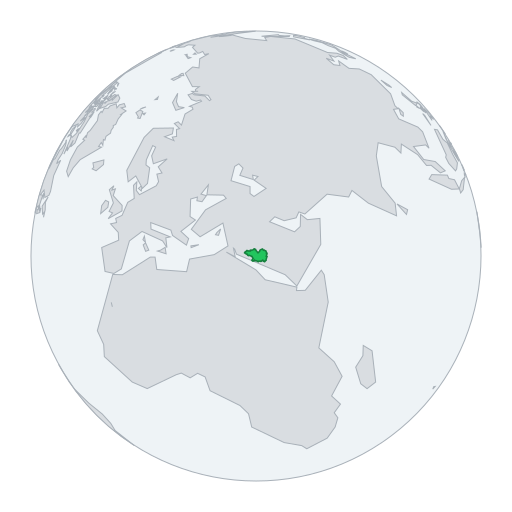 Al Madinah highlighted on a globe, orthographic projection, rotated 326°
{"feature_id": "SAU-845", "entity_name": "Al Madinah", "entity_type": "Region", "adm_level": 1, "iso_a3": "SAU", "parent_name": "Saudi Arabia", "parent_adm1": "", "projection": "orthographic", "projection_center": [39.015, 24.943], "detail": "fine", "context": "on_globe", "style": "filled", "palette": "green", "viewbox_px": 512, "rotation_deg": 326, "n_neighbors": 0, "source": "natural_earth", "source_scale": "10m", "svg_char_len": 13017}
<svg xmlns="http://www.w3.org/2000/svg" viewBox="0 0 512 512"><g transform="rotate(326 256 256)"><circle cx="256" cy="256" r="225" fill="#eef3f6" stroke="#a8b0b8"/><path d="M290.6,33.4L289.7,33.3L288.5,33.1L295.5,34.3L298.3,35.0L288.2,33.2L292.1,34.6L275.4,33.2L249.7,31.3L239.3,32.5L210.0,36.5L211.6,36.7L201.5,39.2L199.6,40.6L194.7,41.6L197.4,42.0L202.2,40.9L205.0,40.8L204.4,41.8L198.0,42.9L197.4,42.6L195.2,43.5L192.3,43.8L193.3,44.2L185.7,45.9L192.2,45.7L185.2,48.3L180.4,49.1L182.4,47.0L176.2,45.9L172.0,47.1L164.1,50.4L146.0,60.2L140.7,62.9L132.5,68.0L134.7,67.0L141.9,62.8L143.9,63.0L152.5,58.5L154.6,58.2L162.9,55.0L160.0,57.8L152.7,62.6L145.7,65.6L142.3,68.0L147.6,67.4L133.4,76.1L121.7,87.6L118.2,89.9L113.7,89.4L117.1,82.8L111.3,84.7L113.3,86.2L104.5,93.1L102.3,95.7L101.8,97.3L104.5,95.9L101.1,99.1L97.8,98.2L100.8,95.2L101.9,95.3L103.4,92.6L101.1,93.1L96.8,97.2L97.5,95.9L109.4,85.0L122.0,74.9L135.4,65.7L149.4,57.6L163.9,50.4L178.9,44.3L194.3,39.3L210.0,35.5L226.0,32.7L242.1,31.1L258.3,30.7L274.5,31.5L290.6,33.4ZM31.7,235.3L31.3,240.5L30.9,251.5L30.7,255.7L30.9,260.8L31.0,264.4L35.1,284.4L40.2,301.1L42.0,313.6L41.6,321.9L49.1,345.1L43.3,330.1L38.5,314.8L34.9,299.2L32.4,283.3L31.0,267.3L30.8,251.3L31.7,235.3ZM163.9,53.7L163.3,54.4L162.1,54.6L163.9,53.7ZM167.9,51.9L166.9,51.8L168.6,51.0L169.3,51.0L167.9,51.9ZM304.9,36.1L306.9,36.7L303.1,35.7L304.9,36.1ZM168.9,52.4L171.9,49.5L175.0,48.1L180.1,47.4L168.9,52.4ZM306.8,36.8L311.8,38.8L316.0,39.7L306.9,38.8L305.7,37.1L300.3,35.6L305.0,36.6L306.8,36.8ZM204.0,40.2L198.9,41.3L203.8,39.6L204.0,40.2ZM206.5,39.2L217.7,35.1L225.0,34.3L219.8,35.6L229.8,34.3L227.9,35.8L221.9,36.9L217.6,37.0L220.2,37.6L206.5,39.2ZM301.1,38.4L300.7,38.8L299.1,38.1L301.1,38.4ZM206.5,40.7L208.1,39.8L214.6,38.9L212.5,40.6L211.1,40.3L206.5,40.7ZM233.4,33.4L237.8,33.3L237.4,34.4L239.1,34.6L228.4,35.8L233.4,33.4ZM209.3,41.0L211.3,41.6L207.7,43.0L205.4,41.6L209.3,41.0ZM217.1,38.0L220.1,37.8L217.8,38.4L217.1,38.0ZM195.8,48.9L197.6,47.3L201.1,46.7L195.8,48.9ZM212.3,41.8L213.6,41.4L215.2,41.0L215.7,41.8L212.3,41.8ZM228.9,36.7L227.9,37.3L233.3,36.2L233.3,37.4L226.1,38.0L229.2,38.2L229.2,38.6L223.4,38.8L228.9,36.7ZM221.1,41.7L212.0,43.5L207.9,46.3L204.7,46.8L211.8,42.4L221.1,41.7ZM222.9,39.9L221.0,41.1L218.0,41.0L217.4,40.2L222.9,39.9ZM235.8,38.0L237.7,36.1L239.2,36.0L235.8,38.0ZM220.5,42.5L222.7,42.1L220.6,42.7L220.5,42.5ZM231.8,39.3L232.2,38.5L233.9,38.5L231.8,39.3ZM226.7,42.0L223.8,42.5L223.3,41.8L226.7,42.0ZM229.5,40.8L231.7,40.9L224.8,41.3L229.5,40.4L229.5,40.8ZM233.3,39.4L234.4,39.1L232.9,39.7L233.3,39.4ZM230.3,44.6L221.8,45.2L220.7,43.6L229.1,43.1L230.3,44.6ZM82.9,291.3L74.0,254.6L80.3,244.1L82.7,229.2L126.9,191.2L134.7,196.8L167.8,197.8L171.7,200.5L166.2,211.7L189.7,230.2L199.2,221.4L222.1,231.5L238.4,232.0L247.0,210.2L220.4,208.8L217.3,197.7L240.0,189.5L263.5,191.6L263.1,187.4L249.5,177.8L256.3,170.4L245.0,173.9L248.6,178.2L241.6,180.8L237.9,177.1L240.4,174.4L233.7,172.2L223.4,186.4L225.9,192.3L207.5,193.6L209.9,203.9L204.4,208.1L198.3,192.3L199.9,186.9L187.4,169.4L184.0,175.0L195.6,192.2L191.4,190.5L186.9,199.2L187.0,191.2L175.2,171.9L159.5,172.7L137.1,191.4L128.4,191.0L122.2,184.4L132.8,162.7L151.0,166.1L155.0,159.4L153.4,148.0L159.1,150.3L160.7,146.4L167.7,147.4L179.7,139.8L187.2,140.2L194.0,128.9L198.7,127.9L193.4,134.7L193.7,140.0L212.6,142.0L216.8,139.9L219.6,132.7L224.5,134.6L224.8,127.4L236.7,125.8L222.5,122.1L225.5,114.6L233.7,109.6L232.1,106.7L218.8,115.0L215.7,119.0L217.2,123.4L206.6,135.2L199.7,136.4L201.1,122.4L191.5,123.0L196.8,112.7L229.6,95.1L242.3,92.7L259.1,103.7L255.0,108.0L246.9,106.0L252.5,114.5L253.0,110.6L257.0,112.5L260.8,106.6L263.9,107.7L262.4,100.5L266.5,101.2L267.4,105.8L276.6,98.6L285.8,99.1L286.4,97.0L284.5,94.7L297.4,97.3L297.3,95.7L293.0,94.2L290.0,90.2L289.8,84.4L294.2,85.6L294.9,87.8L303.1,94.8L304.3,101.2L306.1,101.2L306.2,96.0L296.2,87.4L294.8,83.6L300.1,87.1L298.1,85.5L298.8,84.1L303.6,83.9L298.0,80.0L299.6,64.9L309.2,63.9L313.9,68.2L319.7,61.0L330.1,61.9L326.1,60.2L326.2,56.6L323.0,56.2L321.1,55.3L320.0,47.5L323.2,47.1L318.2,43.2L316.1,42.6L313.5,42.5L306.9,38.8L316.0,39.7L320.1,41.0L323.0,41.2L332.1,44.5L340.9,47.8L349.2,52.3L355.4,55.1L355.8,54.9L364.6,59.1L381.4,69.4L366.1,61.6L340.6,49.3L350.9,54.0L348.0,53.4L351.4,55.5L358.7,59.2L359.8,59.3L368.8,69.7L385.3,83.4L385.4,79.8L390.8,82.1L409.6,97.8L429.1,127.3L436.4,133.1L440.4,138.5L441.7,144.1L436.0,136.2L432.8,135.5L429.3,130.6L429.6,138.0L424.8,131.3L427.4,140.9L432.1,145.0L433.6,140.5L438.0,152.4L446.2,158.7L452.9,170.1L458.3,196.8L455.2,209.1L456.2,213.4L452.0,211.3L451.0,222.1L462.3,239.7L463.6,246.2L459.7,263.4L458.8,258.8L447.8,253.3L449.0,269.8L457.4,277.9L460.5,291.2L455.4,290.2L451.9,278.7L448.0,276.3L446.7,262.4L439.1,244.5L433.7,251.7L432.0,243.5L420.6,230.4L411.7,240.3L399.0,268.7L400.9,290.0L395.0,301.3L378.7,275.0L372.2,255.3L365.8,258.9L349.5,244.5L320.0,248.5L316.2,243.4L310.6,246.8L299.1,242.5L293.5,234.0L286.4,235.2L301.5,257.5L309.2,256.3L316.2,246.4L318.9,254.6L330.0,260.6L316.2,282.6L273.1,303.7L269.7,287.8L240.8,243.5L242.1,238.5L242.0,237.9L241.7,236.9L238.3,245.0L233.6,236.2L248.2,267.5L250.3,280.8L272.5,304.7L270.2,307.3L277.6,312.0L302.2,304.3L302.1,309.6L290.1,334.6L256.7,367.3L261.7,387.5L260.1,403.9L240.4,414.3L243.2,426.0L233.2,429.7L233.4,435.9L226.0,442.0L213.2,446.8L190.3,444.2L187.9,438.8L175.0,426.4L156.8,395.4L161.6,382.6L159.1,371.0L142.6,342.0L146.2,327.8L142.0,320.6L133.3,320.2L128.6,311.3L123.4,309.8L91.7,305.1L82.9,291.3ZM110.1,213.5L108.5,217.8L110.1,213.5ZM287.6,205.5L302.2,205.6L296.9,192.1L302.1,191.2L298.4,187.1L296.5,191.1L287.7,180.1L294.4,175.8L293.3,170.0L288.4,169.8L277.4,179.6L289.9,195.1L286.0,200.9L287.6,205.5ZM104.7,93.2L104.8,93.4L103.6,95.4L102.8,95.5L104.7,93.2ZM107.0,99.9L101.5,105.1L104.8,101.2L102.5,101.9L106.6,95.1L116.7,90.8L111.4,93.7L107.0,99.9ZM114.9,85.7L111.1,89.9L114.8,85.5L114.9,85.7ZM162.4,125.7L164.1,128.8L160.4,132.8L150.9,134.0L156.2,128.0L162.4,125.7ZM167.4,132.3L171.5,119.0L177.5,118.3L173.4,120.8L177.0,121.7L171.4,126.1L173.3,139.2L170.1,143.7L154.3,142.4L161.2,140.0L159.1,136.9L167.4,132.3ZM171.0,91.8L172.9,87.6L183.6,91.3L180.7,94.9L171.1,95.9L168.9,92.2L171.0,91.8ZM177.2,52.4L177.2,51.6L179.0,51.1L180.4,51.4L177.2,52.4ZM196.4,48.2L179.0,55.8L178.2,55.1L169.1,61.1L163.2,61.9L169.3,57.8L158.0,63.3L161.1,60.0L153.7,64.1L167.9,54.9L170.3,52.6L169.8,54.8L175.2,54.0L178.2,53.0L188.5,48.7L196.2,44.1L202.7,43.1L205.3,43.7L204.4,44.7L200.5,44.9L202.2,46.1L195.8,47.1L196.4,48.2ZM231.3,59.4L227.1,57.8L229.4,63.1L223.0,63.1L223.7,63.7L218.4,65.3L213.2,68.5L210.6,68.0L209.7,69.5L206.2,70.8L204.1,72.8L198.6,72.9L195.5,75.5L194.6,74.1L190.9,78.6L191.2,75.4L186.7,77.2L188.8,79.4L164.2,77.8L153.7,80.7L144.7,85.2L146.4,79.8L155.9,72.5L168.8,65.8L178.7,64.2L177.7,62.4L182.1,61.2L181.1,63.1L185.3,59.6L188.7,59.2L200.2,55.1L204.3,50.9L208.5,49.5L208.6,51.0L212.8,48.7L215.9,50.8L219.0,50.0L225.2,51.6L223.5,55.4L227.2,54.3L232.0,55.9L231.3,59.4ZM231.9,45.1L231.4,49.0L227.6,51.1L218.5,47.6L215.2,48.0L209.2,46.4L214.8,43.6L216.0,44.2L218.4,44.2L215.7,45.1L219.7,44.4L221.5,45.4L225.1,45.2L224.0,46.5L231.9,45.1ZM177.1,196.8L180.2,197.8L185.5,198.0L182.7,203.9L177.1,196.8ZM168.7,183.7L171.8,183.4L170.4,191.2L167.1,190.4L168.7,183.7ZM174.6,177.1L172.0,182.8L171.4,179.2L174.6,177.1ZM196.3,134.2L199.7,133.8L199.6,135.5L197.2,137.9L196.3,134.2ZM236.8,77.2L235.0,75.4L236.3,74.8L236.6,70.0L241.4,70.0L243.0,72.9L236.8,77.2ZM241.8,213.8L236.5,217.9L234.3,215.7L236.6,214.7L241.8,213.8ZM207.7,211.2L215.0,214.7L206.9,212.8L207.7,211.2ZM242.1,76.4L241.7,74.4L244.3,75.7L242.1,76.4ZM244.9,69.8L248.2,70.9L242.0,69.5L244.9,69.8ZM330.3,463.7L331.6,464.3L328.1,465.2L330.3,463.7ZM299.2,399.5L284.7,427.4L273.9,428.1L271.4,420.5L276.5,403.9L288.9,398.4L294.9,390.1L299.2,399.5ZM474.7,306.3L475.6,304.8L475.4,305.8L474.7,306.3ZM474.0,305.5L475.4,303.0L473.4,308.0L474.0,305.5ZM475.8,302.1L477.2,297.5L477.8,294.8L477.4,297.0L475.8,302.1ZM472.9,307.4L464.8,316.9L460.9,318.2L462.3,313.9L468.6,308.6L472.9,307.4ZM462.0,314.1L455.4,310.0L442.5,289.0L447.2,286.8L459.9,296.0L459.2,299.6L463.2,303.8L462.0,314.1ZM475.9,281.8L475.1,291.4L471.1,296.0L469.0,297.0L467.6,287.1L468.4,280.3L470.3,278.5L474.8,250.8L477.0,252.9L476.2,263.7L477.8,269.3L475.9,281.8ZM402.0,291.7L407.6,302.4L404.0,305.7L402.0,291.7ZM474.5,233.7L474.1,245.6L473.8,231.1L474.5,233.7ZM473.1,221.2L474.2,225.3L472.6,222.4L473.1,221.2ZM458.2,219.4L456.3,222.5L455.2,219.5L457.0,213.8L458.2,219.4ZM457.9,180.0L461.8,188.8L462.7,192.2L460.0,187.9L457.9,180.0ZM282.1,77.3L276.3,83.6L275.3,88.9L279.6,92.9L271.0,90.4L272.6,82.1L282.1,77.3ZM297.0,66.1L293.1,63.2L296.4,63.1L297.7,63.8L297.0,66.1ZM293.6,65.3L285.9,64.4L284.7,62.0L291.0,63.1L293.6,65.3ZM263.9,69.4L261.8,71.1L259.7,69.9L263.9,69.4ZM447.3,375.0L450.8,369.0L451.3,368.2L456.8,357.2L463.9,342.8L456.2,359.2L447.3,375.0ZM477.3,298.3L476.7,301.4L477.6,296.7L477.3,298.3ZM480.8,270.5L480.6,273.0L480.6,272.3L480.8,270.5ZM478.6,269.7L479.0,274.4L480.2,267.6L479.2,275.2L479.4,282.3L478.8,286.6L478.8,278.6L477.7,289.8L477.1,291.0L477.4,282.9L478.4,270.6L479.0,264.8L480.7,257.2L478.6,269.7ZM481.2,260.7L481.2,255.1L481.1,250.0L481.2,252.5L481.2,260.7ZM479.8,242.1L478.2,237.0L477.8,242.1L477.6,227.3L479.3,234.5L479.8,242.1ZM476.8,227.8L476.6,232.4L476.1,224.2L476.8,227.8ZM475.9,230.4L474.7,225.4L475.5,224.5L475.9,230.4ZM477.2,226.9L475.4,217.8L476.8,222.1L477.2,226.9ZM471.6,214.7L475.1,219.6L472.4,220.5L467.4,204.2L468.2,201.9L471.6,214.7ZM445.1,140.1L442.2,136.2L441.5,133.6L443.7,137.0L445.1,140.1ZM436.7,123.3L440.4,131.8L442.9,139.4L444.4,140.2L449.0,148.3L444.3,143.3L439.2,132.7L438.1,128.3L433.6,122.1L430.1,116.1L424.1,109.6L421.1,105.7L426.2,110.5L436.7,123.3ZM421.5,107.0L409.7,95.3L410.5,94.1L413.3,96.3L418.3,102.0L417.6,102.3L421.5,107.0ZM407.1,92.2L406.3,92.6L387.3,79.8L383.5,76.9L398.4,85.1L398.4,86.0L402.9,89.6L407.1,92.2ZM303.2,39.3L301.0,38.9L302.6,38.8L303.2,39.3ZM319.3,55.2L317.0,53.8L319.0,53.5L319.3,55.2ZM311.7,50.2L311.1,51.4L309.9,49.6L311.7,50.2ZM310.1,54.4L310.0,51.6L312.8,55.1L310.1,54.4Z" fill="#d9dde1" stroke="#a8b0b8" stroke-width="1"/><path d="M254.7,262.0L254.7,261.9L254.6,261.7L254.5,261.4L254.4,261.4L254.4,261.5L254.5,261.6L254.4,261.6L254.3,261.3L254.1,261.1L254.0,260.8L254.0,260.7L253.9,260.5L253.8,260.4L253.7,260.3L253.7,260.2L253.4,260.1L253.3,259.9L253.2,259.9L252.9,259.7L252.7,259.5L252.6,259.4L252.4,259.4L252.2,259.2L252.3,259.0L252.2,259.0L252.2,258.9L252.1,259.0L251.9,259.1L251.7,259.0L251.7,258.9L251.5,258.7L251.4,258.7L251.2,258.5L250.9,258.7L250.7,258.6L250.4,258.3L250.3,258.2L250.4,257.9L250.2,257.6L250.2,257.3L250.2,257.2L250.3,257.2L250.5,257.0L250.8,257.0L251.0,257.0L251.2,256.9L251.3,256.8L251.4,256.7L251.5,256.6L251.8,256.6L252.0,256.6L252.3,256.5L252.3,256.4L252.3,255.0L252.5,254.1L252.4,253.9L252.1,253.8L251.9,253.7L251.8,253.2L251.7,252.9L251.6,252.7L251.1,252.3L251.0,252.2L250.9,251.8L250.8,251.7L250.2,251.4L249.9,251.5L249.8,251.4L249.8,251.2L249.7,251.1L249.5,250.6L249.5,250.4L249.6,250.2L249.8,249.8L249.8,249.7L249.7,249.4L249.3,249.2L249.2,249.2L248.9,248.9L248.9,248.7L248.9,247.9L249.0,247.7L248.9,247.6L248.9,247.4L248.8,247.2L248.7,247.2L248.3,247.2L248.2,247.1L248.3,246.9L248.7,246.8L249.6,246.4L249.8,246.4L250.1,246.5L250.4,246.7L250.5,246.7L250.8,246.7L251.5,246.3L251.8,246.5L251.9,246.9L252.0,247.1L252.2,247.5L252.3,247.6L252.6,247.7L252.9,247.7L253.0,247.7L253.1,247.8L253.2,248.0L253.3,248.1L253.5,248.3L253.6,248.5L253.8,248.7L254.2,248.4L254.3,248.4L254.5,248.4L254.7,248.5L254.8,248.6L255.0,248.5L255.0,248.4L255.0,248.2L255.2,248.3L255.3,248.5L255.5,248.6L255.9,248.8L256.4,249.1L256.5,249.2L257.0,249.2L258.5,249.0L258.8,249.3L258.9,249.5L258.9,249.8L258.7,250.1L258.7,250.3L258.8,250.5L259.0,250.5L259.3,250.5L259.1,252.0L259.3,252.7L259.3,253.1L259.3,254.1L259.4,254.3L259.5,254.4L259.5,254.5L259.8,254.5L260.8,254.2L261.0,254.2L261.4,254.2L261.5,254.2L261.8,254.1L261.9,253.9L262.2,253.6L262.3,253.5L262.5,253.4L263.2,253.4L264.2,253.5L264.5,253.6L265.1,253.7L265.2,253.8L265.3,253.8L265.4,254.0L265.3,255.1L265.4,255.3L265.5,255.4L265.5,255.5L266.1,255.6L266.2,255.8L266.3,255.9L266.5,256.7L266.6,256.8L266.7,257.0L267.0,257.2L267.0,257.3L267.0,257.5L266.9,257.6L266.8,257.8L266.7,257.9L266.7,258.0L266.8,258.3L266.7,258.5L266.7,258.8L266.7,259.4L266.7,259.8L266.2,259.7L265.9,259.8L265.8,260.0L265.9,260.3L265.9,260.5L265.9,260.8L265.7,261.0L264.9,261.5L264.5,261.7L264.3,261.9L264.2,262.0L264.3,262.3L264.7,262.5L264.8,262.6L264.8,262.8L264.7,262.8L264.2,263.0L263.5,263.7L262.5,264.5L262.3,264.7L262.1,265.1L261.9,265.3L261.3,265.1L261.2,265.1L260.9,265.2L260.5,265.5L260.4,265.6L260.2,265.6L259.9,265.6L259.8,265.4L259.9,265.2L259.9,264.9L259.8,264.7L259.7,264.6L259.3,264.4L259.2,264.4L259.2,264.2L259.4,263.7L259.4,263.4L259.4,263.2L259.2,263.1L258.8,263.1L258.0,263.3L257.7,263.4L257.6,263.1L257.4,262.9L257.0,263.0L256.8,263.0L256.7,263.0L256.6,262.9L256.2,262.5L256.0,262.3L255.9,262.2L255.7,261.9L255.2,261.9L254.8,262.0L254.7,262.0Z" fill="#22c55e" stroke="#15803d" stroke-width="1.5"/></g></svg>